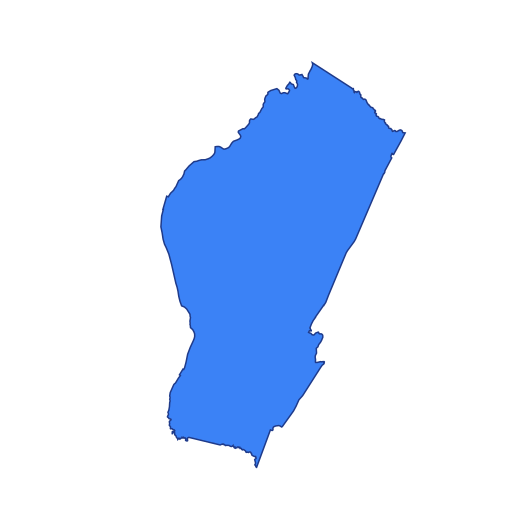 outline of Tamalameque, Cesar, Colombia, rotated 24°
{"feature_id": "7082276B88899531515533", "entity_name": "Tamalameque", "entity_type": "district", "adm_level": 2, "iso_a3": "COL", "parent_name": "Colombia", "parent_adm1": "Cesar", "projection": "natural_earth1", "projection_center": [-73.751, 8.897], "detail": "fine", "context": "isolated", "style": "filled", "palette": "blue", "viewbox_px": 512, "rotation_deg": 24, "n_neighbors": 0, "source": "geoboundaries", "source_scale": "gbopen_adm2", "svg_char_len": 5989}
<svg xmlns="http://www.w3.org/2000/svg" viewBox="0 0 512 512"><g transform="rotate(24 256 256)"><path d="M208.3,331.8L211.4,331.7L214.2,332.6L219.3,336.0L220.5,338.1L221.2,338.9L222.1,342.3L223.2,344.2L223.5,345.3L224.2,346.1L225.3,348.1L228.1,349.0L230.2,350.6L231.6,352.1L232.7,354.4L233.1,356.4L233.2,359.0L233.1,366.1L233.5,373.5L235.3,381.5L236.2,387.0L236.1,389.1L235.3,389.0L234.4,395.7L235.5,395.9L235.4,396.6L234.8,399.1L234.1,404.9L233.5,405.9L233.2,407.0L233.2,415.7L234.1,419.0L234.8,419.8L235.3,420.8L235.4,421.9L236.1,422.7L236.6,423.7L236.7,424.8L238.3,429.1L239.1,432.4L239.1,434.6L240.0,435.5L240.5,436.5L240.4,438.6L240.7,439.1L241.7,439.3L242.9,440.0L244.1,439.7L244.8,439.8L244.9,440.7L244.2,442.1L244.2,442.6L245.3,444.3L245.6,445.8L246.1,446.2L246.9,446.5L247.4,446.9L248.0,448.5L248.5,448.6L249.4,447.9L249.7,447.9L250.7,448.3L252.1,448.1L252.9,448.7L252.3,449.7L251.4,450.1L251.0,450.5L251.6,452.2L251.8,452.4L252.1,452.1L252.0,450.9L252.1,450.5L252.3,450.4L253.4,450.3L254.5,452.4L255.8,452.7L257.3,454.2L258.6,454.6L259.2,455.5L259.3,455.3L259.5,453.9L259.9,453.7L260.9,454.3L261.4,453.6L261.6,452.8L262.3,452.4L262.2,451.9L262.8,452.1L263.2,451.1L263.7,451.1L264.1,451.7L264.4,451.7L265.0,451.1L265.4,451.0L266.4,451.8L266.4,452.5L266.7,453.1L267.5,453.2L268.3,453.0L268.6,452.6L268.5,452.1L267.7,451.1L267.5,450.2L268.4,449.0L300.1,443.2L301.4,441.8L302.1,441.6L302.3,441.1L303.0,441.1L303.4,441.4L303.8,441.1L304.2,441.1L304.8,441.6L305.2,441.6L306.3,440.8L308.5,440.0L309.2,440.2L310.8,440.2L311.6,439.6L312.0,438.6L312.2,439.1L313.1,438.9L313.6,439.6L314.4,439.2L314.4,440.0L315.3,440.1L315.8,439.4L316.5,439.1L316.5,438.4L317.1,437.8L317.7,437.7L318.3,438.0L318.7,437.4L319.1,437.3L319.7,438.3L320.9,437.8L321.5,438.4L321.9,438.4L322.3,438.7L322.6,438.6L323.0,438.0L324.2,438.0L325.7,438.4L326.0,438.5L326.3,439.1L327.1,439.3L327.8,438.7L329.0,438.6L329.5,437.8L330.7,437.4L331.0,437.5L331.6,438.1L332.2,438.2L332.5,438.8L333.5,439.7L336.1,439.8L337.2,439.3L337.8,440.2L338.3,440.5L338.4,441.1L337.8,441.9L337.6,442.5L339.5,444.9L340.0,446.0L339.9,447.3L340.7,447.6L341.8,448.7L342.5,448.8L339.9,409.0L341.5,408.9L342.0,408.6L342.2,407.9L341.5,406.5L341.5,405.2L341.9,404.5L343.2,403.2L345.8,401.6L347.1,401.5L348.9,401.8L349.4,401.2L353.3,382.3L353.7,376.9L353.7,369.9L355.4,364.6L360.4,331.3L360.9,328.8L361.8,327.2L361.9,326.5L361.5,324.9L361.2,324.5L361.5,325.4L361.3,325.7L361.0,325.1L360.7,325.4L360.3,325.1L359.0,326.0L358.0,326.2L355.3,328.3L353.8,329.0L353.4,328.7L352.5,326.4L351.2,324.4L350.7,322.8L350.8,320.1L348.6,315.8L349.5,313.8L349.3,311.5L350.0,308.7L350.2,306.6L350.1,303.1L349.5,301.8L349.1,301.2L348.3,300.7L347.2,300.6L345.9,301.2L345.1,301.2L344.3,300.3L343.8,300.2L341.8,302.2L341.2,304.3L340.7,304.8L339.3,305.1L337.5,304.3L336.1,304.5L335.1,304.4L335.2,302.6L335.6,302.3L336.8,302.1L336.9,301.8L336.6,301.3L335.8,301.1L334.9,299.9L334.5,299.8L334.3,295.4L334.5,291.6L335.3,287.8L335.1,287.7L337.9,273.3L338.1,273.4L338.6,270.0L338.2,262.4L337.1,216.5L337.4,213.9L339.8,203.0L340.1,200.0L339.1,130.5L339.1,128.9L339.4,128.8L339.6,127.4L339.1,125.6L340.1,111.2L339.6,111.1L338.7,110.2L338.5,108.8L338.8,107.9L338.5,107.5L338.6,106.9L339.8,107.4L340.4,107.3L341.7,92.2L342.2,82.9L339.9,83.6L338.8,82.4L337.9,82.0L336.8,82.0L335.8,82.7L334.2,84.9L333.0,85.4L332.2,84.9L331.6,85.0L330.1,86.6L329.5,86.3L328.7,85.3L327.9,85.1L327.3,84.7L326.3,85.1L325.1,85.1L324.5,83.8L324.2,83.5L323.4,83.6L322.6,82.9L322.0,83.0L320.5,82.4L320.2,81.8L319.5,81.7L319.0,81.3L318.5,80.8L318.0,79.4L316.3,79.5L315.6,80.0L313.6,79.9L313.4,80.2L313.0,80.2L312.2,80.0L311.6,79.3L310.7,79.0L309.2,79.2L308.2,78.2L308.2,77.2L307.5,76.9L306.4,76.9L306.0,76.5L306.0,75.9L306.3,75.5L305.9,75.1L306.0,74.7L305.6,74.4L304.9,74.5L304.1,74.0L303.4,73.9L302.4,73.1L300.1,73.3L298.1,72.2L297.6,72.2L297.4,71.9L296.9,71.9L295.0,70.7L293.0,68.7L291.6,68.4L290.4,69.3L288.9,68.5L288.1,68.6L287.9,68.3L287.2,68.3L286.7,67.5L286.3,66.2L285.4,66.0L284.7,65.2L284.4,65.1L284.0,64.3L282.7,63.8L281.9,64.5L281.6,65.5L280.6,65.2L279.8,65.5L279.4,66.7L278.9,66.4L278.3,65.1L277.4,64.7L277.1,63.8L276.8,63.5L276.3,63.9L275.7,63.9L275.3,63.7L228.8,56.5L229.8,57.7L230.1,58.9L230.3,60.2L230.3,63.7L230.1,64.3L229.9,68.6L231.0,71.8L231.5,72.9L230.9,73.5L230.4,73.1L229.4,73.0L226.9,73.7L226.0,72.8L224.1,71.5L223.2,72.4L222.8,72.4L222.0,73.1L221.3,73.1L220.3,72.7L219.5,72.8L218.5,73.1L217.9,73.6L217.4,74.3L217.3,75.3L219.3,77.0L220.5,78.6L222.0,79.4L222.4,80.9L223.7,81.8L224.3,82.6L224.8,84.5L224.3,86.2L223.9,86.7L223.5,86.9L222.1,85.9L220.4,84.2L218.2,84.4L216.7,83.5L216.2,83.5L216.0,85.5L215.3,87.4L215.0,90.6L215.2,90.9L215.6,91.1L217.3,90.2L217.7,90.2L219.1,90.8L219.4,91.4L219.4,91.8L219.0,94.8L218.6,95.0L215.9,95.1L214.5,95.8L213.3,97.2L212.3,97.4L211.5,97.1L209.6,95.3L207.0,94.6L202.2,98.8L200.4,101.4L200.4,102.1L200.9,102.9L201.0,103.5L200.5,104.8L200.0,105.6L200.0,107.7L200.2,109.3L201.4,111.5L201.3,112.1L201.0,113.1L200.9,114.5L201.8,116.5L201.9,117.3L201.4,118.8L201.1,123.4L200.4,124.7L200.6,126.1L200.4,128.5L199.3,130.0L198.8,131.3L197.9,132.3L195.5,132.9L195.2,133.6L195.0,134.6L195.1,135.2L195.8,136.8L195.9,137.7L195.4,139.7L194.3,143.1L193.6,144.6L192.3,145.0L189.2,148.9L189.3,149.8L189.6,150.3L192.4,151.9L193.4,152.8L193.7,154.6L193.1,155.8L191.6,157.6L188.7,160.4L187.9,162.8L187.4,166.8L186.7,168.3L185.1,170.1L183.9,171.1L182.7,171.5L179.4,170.9L177.6,171.0L175.7,171.9L174.3,172.8L176.0,177.3L176.3,178.4L176.3,179.2L176.1,180.6L175.4,182.7L174.2,185.0L172.8,186.6L170.5,188.7L166.9,190.4L164.8,192.1L163.4,193.5L161.0,195.0L158.3,200.8L156.8,205.9L156.2,207.4L156.8,210.3L156.7,213.7L156.3,215.5L155.5,217.3L154.7,218.6L154.7,225.2L154.2,227.2L154.0,229.5L152.4,233.4L151.8,237.6L150.1,237.7L152.0,251.3L152.4,251.1L153.5,257.7L157.3,268.1L160.9,273.1L164.2,278.3L167.6,282.4L170.7,285.0L175.6,289.7L182.3,298.0L193.8,313.4L196.7,316.7L199.0,319.8L201.8,324.2L204.8,328.1L208.3,331.8Z" fill="#3b82f6" stroke="#1e3a8a" stroke-width="1.5"/></g></svg>